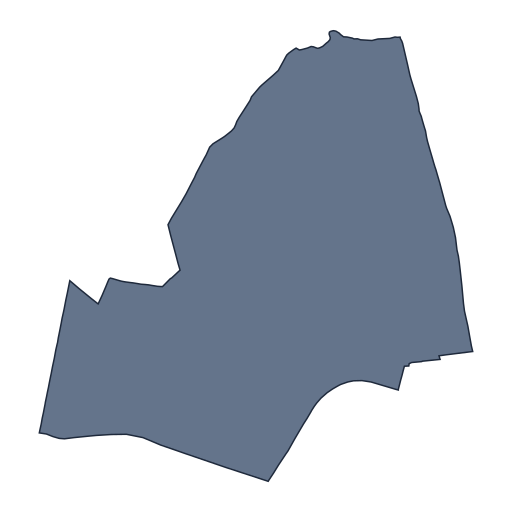 outline of Xicohtzinco, Tlaxcala, Mexico
{"feature_id": "50627088B74142999724347", "entity_name": "Xicohtzinco", "entity_type": "district", "adm_level": 2, "iso_a3": "MEX", "parent_name": "Mexico", "parent_adm1": "Tlaxcala", "projection": "equal_earth", "projection_center": [-98.242, 19.172], "detail": "fine", "context": "isolated", "style": "filled", "palette": "slate", "viewbox_px": 512, "rotation_deg": 0, "n_neighbors": 0, "source": "geoboundaries", "source_scale": "gbopen_adm2", "svg_char_len": 3123}
<svg xmlns="http://www.w3.org/2000/svg" viewBox="0 0 512 512"><path d="M268.2,481.3L269.1,479.8L273.6,473.0L278.4,465.2L286.1,453.6L286.4,453.2L288.0,450.9L294.9,438.6L298.3,432.8L303.6,423.8L307.0,418.5L311.0,411.7L311.5,410.7L312.0,409.9L314.3,406.3L316.8,402.9L321.0,398.1L327.0,392.8L332.7,388.9L337.2,386.3L339.2,385.2L340.8,384.4L347.7,382.0L353.6,380.8L362.0,380.6L365.9,381.2L371.1,382.0L392.0,388.2L396.0,389.4L398.3,390.0L398.3,389.6L398.3,389.4L398.8,387.5L399.7,384.0L400.7,380.0L401.5,377.2L402.2,374.6L403.0,371.4L403.8,368.4L404.4,366.2L408.8,366.0L409.1,364.0L409.2,363.6L411.7,362.5L421.7,361.6L422.4,361.2L440.1,359.4L440.0,359.1L439.0,355.8L446.1,354.8L472.7,351.5L471.4,346.0L469.7,336.6L467.9,326.3L466.5,320.1L464.5,311.2L463.5,303.6L461.9,286.1L460.2,270.4L459.3,262.6L458.4,256.2L457.0,250.1L456.3,244.3L455.5,237.6L453.3,227.3L451.4,220.9L450.0,216.3L446.7,208.5L445.7,205.5L443.5,197.1L439.8,183.1L437.1,173.9L435.9,169.7L434.9,166.8L433.6,162.5L432.5,158.6L430.4,151.5L427.5,141.4L426.6,137.4L425.5,130.9L424.3,127.1L422.4,120.6L421.6,117.7L421.3,116.4L420.0,113.4L419.1,111.0L419.0,108.9L418.3,103.7L416.6,97.1L416.1,95.4L411.0,79.0L409.8,74.7L407.6,64.8L402.6,43.3L401.8,41.1L400.8,39.3L400.4,38.6L400.1,37.1L397.4,37.3L395.0,37.0L389.8,38.4L377.9,39.0L372.0,40.5L360.6,39.8L357.6,38.8L354.0,38.9L352.3,38.1L347.0,37.0L343.5,36.8L340.5,34.5L339.3,33.2L336.0,31.2L334.7,30.9L333.3,30.7L331.6,31.1L330.3,31.5L329.4,32.2L329.1,34.0L330.3,37.7L329.9,39.7L328.2,41.7L326.4,43.1L322.7,46.4L319.7,47.8L317.9,48.3L316.8,48.1L313.4,46.8L311.1,46.5L307.6,48.0L302.4,49.4L300.6,49.8L299.3,50.0L298.7,49.6L297.1,48.7L296.1,48.1L293.6,49.6L288.8,53.1L286.8,55.0L285.3,57.6L285.2,57.9L283.3,61.4L281.0,65.6L278.3,70.5L277.4,71.3L273.1,75.3L262.1,84.8L259.7,87.1L251.5,96.8L250.1,100.4L243.9,110.1L239.1,117.5L236.8,121.5L235.6,124.8L234.1,128.0L231.4,131.0L224.9,136.2L223.3,137.3L221.6,138.4L213.1,143.7L209.7,147.1L206.1,155.1L204.5,157.9L203.0,160.7L196.3,173.4L194.6,177.4L191.6,183.1L186.1,193.8L181.5,201.8L171.4,218.3L168.0,224.7L170.6,235.2L175.5,253.6L178.2,263.9L179.9,269.6L180.0,270.4L179.2,270.9L173.1,276.6L171.5,278.1L170.4,278.6L164.9,284.2L162.5,286.6L160.2,286.5L157.3,286.3L154.9,285.9L151.6,285.4L148.9,284.9L145.1,284.5L141.0,284.2L137.6,283.6L133.2,282.9L129.9,282.5L125.3,281.9L122.5,281.4L120.7,281.0L118.6,280.4L112.5,278.6L110.3,278.1L109.0,279.1L107.9,281.6L106.5,285.0L105.9,286.5L104.1,290.7L102.2,295.2L101.5,296.7L99.0,302.1L98.1,303.9L91.1,298.4L84.0,292.6L79.3,288.8L73.7,284.0L69.8,280.7L67.3,293.2L65.8,300.2L64.1,309.2L63.3,312.9L62.1,318.2L61.3,322.7L60.2,328.4L59.0,334.4L58.3,337.8L57.5,342.9L57.2,343.9L55.8,350.0L54.3,358.3L52.5,366.7L51.2,373.6L50.4,377.4L49.4,382.4L49.0,384.5L48.8,385.5L48.5,387.2L47.5,391.8L46.5,396.9L45.4,402.1L45.1,404.0L43.3,413.3L42.2,418.3L41.5,422.4L41.2,424.1L39.9,430.0L39.7,431.0L39.3,432.9L46.4,434.0L53.0,436.6L59.2,438.4L64.5,438.8L74.0,437.6L89.0,436.1L96.5,435.4L111.3,434.5L125.6,434.3L126.5,434.3L143.0,437.6L160.8,445.1L176.8,450.6L184.2,453.2L226.3,467.6L268.2,481.3Z" fill="#64748b" stroke="#1e293b" stroke-width="1.5"/></svg>